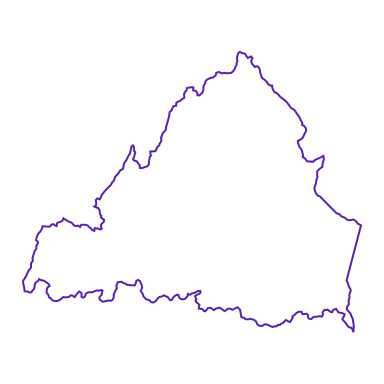 outline of Guaratinga, Bahia, Brazil
{"feature_id": "56859067B89183133429450", "entity_name": "Guaratinga", "entity_type": "district", "adm_level": 2, "iso_a3": "BRA", "parent_name": "Brazil", "parent_adm1": "Bahia", "projection": "albers", "projection_center": [-39.976, -16.509], "detail": "fine", "context": "isolated", "style": "outline", "palette": "violet", "viewbox_px": 384, "rotation_deg": 0, "n_neighbors": 0, "source": "geoboundaries", "source_scale": "gbopen_adm2", "svg_char_len": 5943}
<svg xmlns="http://www.w3.org/2000/svg" viewBox="0 0 384 384"><path d="M251.2,56.5L247.8,58.0L246.5,56.4L245.7,54.5L244.2,53.5L241.9,53.0L239.9,51.9L238.5,52.8L237.7,54.9L237.0,57.6L237.1,59.7L237.4,61.2L236.6,62.8L236.6,64.8L235.6,66.6L234.8,68.7L233.4,70.9L232.2,72.1L230.8,73.0L227.0,73.3L224.9,72.9L221.8,73.3L218.9,72.0L216.3,72.8L215.6,75.5L212.7,77.7L210.9,77.7L206.9,79.7L205.6,81.1L205.0,83.6L203.5,86.1L203.4,89.6L202.4,92.7L199.4,95.4L197.4,95.3L197.5,93.5L196.0,91.0L193.1,90.4L193.4,87.5L191.6,87.2L187.1,87.9L186.4,90.5L185.3,91.6L184.2,93.6L184.1,95.6L184.3,97.8L181.3,99.7L180.1,100.8L178.0,101.7L176.3,102.8L176.2,105.7L173.6,106.1L172.5,107.7L171.7,110.2L169.7,111.9L169.1,116.3L166.0,127.5L165.8,129.8L164.7,131.2L163.5,132.2L162.4,133.9L161.8,136.1L161.0,137.6L161.4,140.4L160.6,142.3L159.6,143.7L159.3,145.4L157.5,146.8L155.4,151.2L150.3,151.5L150.4,153.9L151.0,155.6L149.8,156.9L148.9,161.9L148.9,164.3L147.2,166.3L141.9,168.1L140.0,168.0L139.5,164.9L138.1,163.4L136.9,161.4L133.7,160.3L133.1,158.8L134.0,157.3L135.3,152.2L134.2,151.2L133.9,147.0L132.8,145.4L131.5,146.6L130.7,150.5L129.8,153.8L128.6,155.5L126.1,160.6L125.0,161.8L124.1,163.8L123.4,166.2L123.4,168.0L122.6,169.3L120.5,170.0L118.4,173.3L115.1,176.9L114.5,178.6L114.1,180.4L112.6,181.9L110.8,184.9L107.1,188.6L105.2,190.6L101.6,195.2L100.9,197.2L99.9,199.4L97.5,198.4L95.8,200.0L96.2,204.0L95.9,205.6L94.3,206.5L96.5,207.6L98.1,207.9L99.7,210.5L99.8,212.9L100.3,214.7L101.4,215.9L100.9,217.5L104.1,219.8L103.7,222.0L102.0,223.5L100.9,224.9L101.1,226.8L101.8,228.7L100.2,229.5L98.3,228.6L96.8,228.5L94.8,228.1L94.3,230.9L92.0,229.9L91.0,228.5L89.2,227.1L87.8,225.6L85.7,224.8L81.2,224.8L80.0,227.0L78.3,225.6L76.5,226.0L74.4,225.8L71.5,222.6L69.8,222.1L65.5,219.8L63.4,218.3L62.4,220.8L60.1,221.9L57.2,222.9L56.6,226.0L55.0,225.5L53.4,224.1L51.5,224.6L49.7,226.7L42.6,226.3L42.1,228.3L40.2,231.7L38.2,233.6L37.2,235.8L36.4,238.5L36.1,240.3L37.5,241.4L38.1,242.8L36.3,245.9L36.4,248.5L34.7,250.9L32.5,257.9L32.9,260.9L31.7,262.1L31.0,263.7L31.0,267.6L28.4,270.9L26.3,275.7L24.4,279.0L23.3,280.3L23.0,281.9L23.3,283.9L23.9,286.1L24.6,291.2L28.2,291.7L29.6,292.5L31.4,292.3L32.3,290.6L34.0,288.9L34.6,287.0L34.7,284.8L35.6,282.7L38.3,280.6L39.0,279.1L41.1,280.1L43.5,280.6L45.4,281.6L48.8,284.1L49.5,286.1L48.0,287.0L47.1,288.4L46.5,291.7L47.0,293.3L48.1,294.4L49.2,297.5L50.8,298.3L52.3,300.2L54.2,300.9L56.3,301.1L59.1,300.3L61.5,298.6L63.1,297.1L65.0,297.3L66.8,297.3L68.8,296.9L70.8,295.3L72.7,295.7L74.7,297.1L76.2,294.8L79.0,291.5L81.3,292.8L81.6,294.8L81.5,297.0L83.2,297.6L84.6,297.0L85.3,295.5L85.7,293.9L87.3,292.7L89.8,292.1L92.0,292.4L95.5,290.9L97.4,290.4L99.2,290.7L101.1,290.0L102.5,290.6L101.9,292.6L101.8,294.5L100.4,296.0L99.3,297.8L99.7,299.5L102.9,301.8L108.3,300.5L111.2,300.7L112.7,299.6L113.6,297.8L113.8,294.5L115.4,290.7L117.0,288.0L116.2,286.0L117.8,282.3L121.5,281.7L122.9,282.7L125.5,283.7L127.0,284.9L128.9,284.9L130.4,285.3L132.1,285.2L134.8,285.4L135.7,283.4L136.3,281.0L138.0,279.9L139.9,280.9L141.8,285.1L142.1,287.5L141.5,289.3L140.7,290.8L142.9,294.3L143.5,296.5L146.2,299.3L149.7,300.3L151.1,302.2L153.7,302.5L156.1,300.6L157.7,298.4L159.3,297.0L162.0,296.4L163.9,295.3L166.0,296.4L167.5,296.8L170.2,300.3L171.8,299.8L173.0,297.6L174.9,295.9L176.8,294.8L178.3,294.8L179.4,297.9L181.1,299.1L182.9,299.3L184.9,298.9L186.5,297.4L187.6,295.7L187.9,293.9L190.0,294.8L191.3,293.7L195.0,292.7L196.2,291.8L197.9,291.1L200.2,290.9L200.6,292.4L199.5,293.7L197.1,294.7L195.0,296.1L196.4,299.3L195.5,300.5L196.1,302.0L198.0,303.5L199.5,305.0L198.9,306.8L198.8,308.6L201.2,308.8L202.8,309.4L203.8,310.9L205.3,311.3L208.1,308.0L210.5,307.8L214.0,310.2L215.6,308.8L219.5,307.6L221.7,309.0L224.6,311.1L226.5,309.9L228.0,308.6L230.4,308.7L232.5,309.8L235.8,308.0L237.6,307.3L240.0,309.7L241.4,317.1L243.8,317.7L245.5,319.1L247.9,319.4L250.1,318.8L253.3,319.6L255.6,320.8L257.4,324.4L259.3,325.7L261.2,326.1L263.3,325.3L264.5,324.3L266.4,324.3L268.5,325.1L270.5,326.2L272.6,327.0L274.4,326.3L276.5,326.3L278.1,324.8L279.8,324.9L281.3,323.6L283.2,322.9L284.4,321.4L285.9,320.0L288.1,321.3L290.0,322.1L292.6,318.0L292.5,316.2L294.3,315.1L295.4,313.9L298.4,311.8L301.5,311.7L302.5,314.1L304.2,314.1L306.4,313.7L308.1,315.1L307.8,316.6L308.8,318.6L311.3,319.1L313.0,317.3L315.2,316.6L316.6,316.8L319.9,316.2L321.8,316.7L323.0,314.5L322.6,312.5L323.3,311.2L324.5,309.8L326.2,310.1L327.6,309.5L329.3,311.0L330.7,311.9L332.1,312.3L332.9,310.2L336.0,308.8L337.1,310.2L338.0,311.9L339.4,312.6L342.2,313.1L344.5,314.1L344.1,316.3L342.8,317.9L342.4,319.4L345.3,322.6L348.0,326.3L349.1,327.4L351.0,327.6L352.1,328.7L353.5,332.1L353.7,325.0L352.7,318.6L351.6,316.5L350.3,313.2L346.9,309.7L346.9,307.5L347.7,305.9L348.9,304.2L348.7,301.9L348.8,299.4L349.6,297.5L349.2,295.2L350.8,290.5L350.2,288.6L349.1,287.0L347.6,282.5L346.6,280.6L347.0,278.8L361.0,225.4L357.6,223.5L356.5,221.8L355.2,220.6L353.5,219.5L351.4,220.0L348.7,220.3L346.7,219.4L345.6,218.3L344.1,217.4L342.1,216.7L340.9,215.9L339.8,214.4L337.5,213.6L335.9,212.6L319.8,196.3L317.5,195.4L316.0,193.3L315.2,191.6L314.7,189.9L314.4,188.1L315.0,186.0L315.7,184.1L316.6,179.3L317.6,177.0L317.1,175.3L317.2,171.5L318.2,170.0L322.4,166.8L322.5,164.5L323.0,161.9L323.9,159.4L323.4,155.9L321.1,157.2L315.8,159.6L314.2,160.6L313.1,161.8L307.0,161.3L305.3,158.8L304.1,157.7L302.7,157.0L303.0,155.0L302.1,151.4L301.4,149.3L299.9,147.6L299.1,146.0L298.0,142.6L297.9,140.9L299.9,140.0L301.5,138.8L302.6,137.8L303.4,136.4L304.7,133.4L305.7,131.9L306.2,129.5L305.5,127.6L304.0,125.8L302.2,125.1L302.4,123.3L299.1,116.8L294.3,109.9L291.4,108.2L290.0,106.6L288.8,104.8L285.9,101.2L280.2,96.8L278.0,94.2L276.5,92.9L274.7,92.3L273.4,90.4L272.2,87.7L272.2,85.6L269.9,85.4L268.0,83.9L266.8,81.9L264.6,79.7L262.3,78.3L261.5,76.6L260.2,72.5L259.8,69.9L259.0,67.7L257.9,66.6L256.2,66.3L254.8,67.0L253.6,65.3L251.9,63.7L251.2,61.5L251.5,59.9L252.5,58.2L251.2,56.5Z" fill="none" stroke="#5b21b6" stroke-width="2"/></svg>